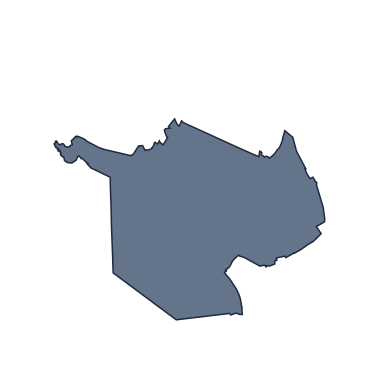 the district of Gilze en Rijen, Noord-Brabant, Netherlands, rotated 50°
{"feature_id": "6326949B41369938524082", "entity_name": "Gilze en Rijen", "entity_type": "district", "adm_level": 2, "iso_a3": "NLD", "parent_name": "Netherlands", "parent_adm1": "Noord-Brabant", "projection": "robinson", "projection_center": [4.88, 51.563], "detail": "fine", "context": "isolated", "style": "filled", "palette": "slate", "viewbox_px": 384, "rotation_deg": 50, "n_neighbors": 0, "source": "geoboundaries", "source_scale": "gbopen_adm2", "svg_char_len": 5129}
<svg xmlns="http://www.w3.org/2000/svg" viewBox="0 0 384 384"><g transform="rotate(50 192 192)"><path d="M122.7,204.5L125.3,212.5L125.2,212.7L125.1,213.9L125.0,214.2L125.0,214.7L124.8,215.6L124.7,215.6L124.4,215.8L118.3,220.4L103.9,231.2L98.3,234.7L86.3,239.6L85.9,239.8L81.9,240.6L75.1,244.1L75.7,244.0L75.8,244.2L75.9,244.9L75.9,245.1L74.7,245.1L74.7,245.5L75.2,250.8L75.1,251.4L76.1,251.9L76.8,252.4L77.2,252.6L77.6,252.8L78.7,253.2L78.8,253.3L78.5,254.4L78.3,255.0L78.1,255.3L78.3,255.9L78.7,256.3L78.6,256.7L78.2,257.1L77.8,258.2L77.5,258.5L76.9,259.0L76.5,259.3L75.9,259.5L75.6,259.8L75.4,259.9L73.0,259.5L72.5,259.6L72.2,259.8L71.9,260.2L71.5,260.7L71.2,261.0L71.2,261.3L71.3,261.5L71.5,261.9L71.5,262.0L71.2,262.2L71.1,262.3L71.1,262.5L69.5,263.4L68.7,263.6L66.8,263.2L66.6,263.0L66.2,262.9L66.0,263.0L66.0,263.3L65.8,263.5L66.0,263.5L66.1,263.8L66.0,264.1L65.8,264.2L66.1,264.5L66.5,264.5L66.3,265.0L66.4,265.5L66.5,265.6L66.8,266.0L66.7,266.1L66.4,266.0L66.4,266.4L66.6,266.6L66.9,266.8L67.4,266.8L67.5,266.8L67.7,267.1L67.9,267.3L68.2,267.4L68.6,267.3L69.2,267.1L69.4,267.1L69.5,267.0L69.8,267.2L69.9,267.6L70.0,267.7L70.3,267.6L70.5,267.4L71.0,267.2L71.3,267.2L71.8,267.2L72.0,267.1L72.1,267.3L72.5,267.4L72.5,267.5L72.8,267.5L72.8,267.3L72.7,267.1L73.2,267.0L73.3,266.8L73.6,267.4L73.6,267.5L73.9,267.6L74.0,267.6L74.1,267.9L74.1,268.0L74.4,268.0L74.6,268.1L74.8,268.0L74.9,267.9L74.7,267.5L74.9,267.4L75.0,267.2L75.1,266.9L75.2,266.7L75.4,266.7L75.5,266.6L75.8,266.7L75.7,266.9L75.7,267.0L75.8,267.1L76.2,266.9L76.9,267.0L77.2,267.2L77.5,267.2L77.5,267.3L77.4,267.4L77.3,267.6L77.5,267.7L77.8,267.5L77.9,267.4L78.0,267.5L77.9,267.9L78.0,268.0L78.3,268.1L78.3,268.3L78.2,268.3L78.7,268.5L78.8,268.4L79.0,268.4L79.3,268.4L79.7,268.4L79.7,268.5L79.7,268.8L79.9,268.8L80.4,268.6L80.9,268.7L81.1,268.7L81.6,268.5L81.8,268.3L82.3,268.3L82.6,268.1L83.0,268.1L83.1,267.9L83.4,268.0L83.6,268.0L84.9,268.9L85.2,269.1L85.3,269.2L85.6,269.2L85.9,269.3L86.3,269.3L87.0,269.2L87.4,269.2L87.7,269.0L88.0,269.0L88.8,268.6L89.1,268.5L89.4,268.4L89.6,268.4L89.9,267.9L92.6,265.5L92.8,263.5L92.9,262.9L93.1,261.2L93.2,260.7L92.4,258.7L91.7,257.2L91.6,256.8L91.5,256.1L92.0,255.3L92.1,255.2L92.6,255.3L93.4,255.3L94.9,255.3L95.1,255.4L95.2,255.0L95.2,254.9L95.4,254.7L96.1,254.5L99.2,254.1L100.4,253.9L100.9,253.9L101.2,253.9L101.6,254.0L102.7,253.9L102.6,253.7L102.8,253.5L102.9,253.4L102.9,253.2L103.2,253.1L103.4,253.7L103.5,254.2L105.1,254.1L107.6,254.0L108.5,254.0L128.1,245.2L132.7,248.9L144.9,258.6L147.0,260.1L164.5,274.1L166.1,275.4L189.0,293.2L203.3,304.4L245.8,294.3L246.1,294.2L253.2,292.6L279.8,286.2L299.6,255.9L302.0,252.3L309.1,241.4L311.2,241.3L311.3,240.8L312.3,238.1L312.9,236.5L313.3,236.0L314.6,235.2L315.3,235.0L315.7,234.8L318.2,232.2L316.7,231.2L313.3,228.7L313.2,228.6L313.3,228.5L311.9,227.5L311.7,227.6L311.4,227.5L309.2,226.0L308.2,225.5L306.3,224.4L305.3,223.9L302.7,222.7L301.5,222.3L299.1,221.5L296.9,220.9L294.7,220.4L294.0,220.3L290.6,219.9L283.7,219.1L282.5,218.9L280.3,219.1L280.0,219.0L277.3,219.0L276.0,219.0L274.4,218.8L274.7,216.7L273.6,216.6L273.8,215.5L273.2,215.5L273.4,213.7L273.6,212.7L273.5,212.2L273.4,211.7L273.0,210.4L272.7,209.4L272.5,208.8L271.3,206.2L270.9,205.0L270.6,202.9L270.4,200.1L270.4,199.3L270.4,198.6L270.4,197.8L270.5,196.8L271.4,196.9L275.8,194.0L276.0,194.0L292.4,187.6L294.7,183.5L297.0,183.4L296.4,182.2L296.7,182.1L298.5,180.3L300.4,174.8L298.5,173.2L297.9,172.6L298.9,170.9L296.7,169.8L300.7,162.4L300.8,162.0L302.6,162.3L304.3,153.0L304.7,153.0L306.1,145.4L306.7,137.6L307.8,131.0L307.4,125.0L306.9,119.8L298.4,119.0L298.4,118.7L298.5,118.6L300.0,109.7L298.7,108.2L298.2,107.8L288.3,101.5L287.3,101.0L282.8,99.1L274.7,95.6L266.6,92.1L266.3,91.9L266.2,91.8L266.0,91.3L264.9,90.4L264.6,90.5L262.8,90.6L261.6,90.4L258.4,89.8L257.8,92.8L252.3,92.5L248.2,91.0L246.8,90.7L247.3,89.9L231.9,86.6L231.4,86.6L230.9,86.5L230.0,86.3L229.1,86.0L226.6,85.2L224.9,84.3L216.3,80.3L215.0,79.6L204.7,81.5L205.8,83.1L207.3,85.3L207.4,85.5L209.1,87.9L209.3,87.9L209.8,88.6L210.4,89.4L212.4,92.8L213.8,95.6L214.1,96.2L214.2,97.0L214.5,99.4L214.6,99.8L214.7,100.2L215.0,101.5L215.6,103.6L215.8,104.7L215.9,105.8L215.9,107.8L216.0,107.8L216.0,108.0L215.9,108.0L215.9,110.1L215.9,110.3L215.8,111.0L215.7,111.2L215.2,111.1L214.0,111.2L212.8,111.9L212.0,112.4L212.0,112.5L212.0,114.0L207.8,114.7L207.5,114.2L206.7,113.2L205.5,113.5L205.4,113.4L204.2,113.9L207.9,118.1L197.7,123.3L197.7,123.2L185.0,129.4L154.1,144.1L132.7,154.3L131.1,154.1L131.0,154.5L130.9,154.5L133.2,159.0L133.0,159.7L132.6,159.6L130.6,159.7L130.1,159.7L129.5,159.6L124.8,158.3L125.3,161.0L126.7,167.9L129.0,167.7L127.7,169.7L126.6,171.5L126.5,172.9L127.9,174.0L134.1,176.1L134.3,176.1L134.6,175.8L137.3,183.7L137.2,183.8L136.7,184.0L136.3,184.0L134.0,184.4L133.8,184.7L133.2,184.5L131.8,184.2L132.6,185.9L132.8,187.9L130.2,188.3L130.3,189.5L131.0,190.4L131.6,191.3L132.0,192.3L132.3,193.5L132.4,194.6L132.8,194.6L132.2,197.1L131.5,198.9L130.2,199.9L129.9,201.2L124.6,200.0L123.9,201.4L123.6,201.8L123.5,201.7L122.7,202.7L122.5,202.9L122.5,203.2L122.7,204.5Z" fill="#64748b" stroke="#1e293b" stroke-width="1.5"/></g></svg>